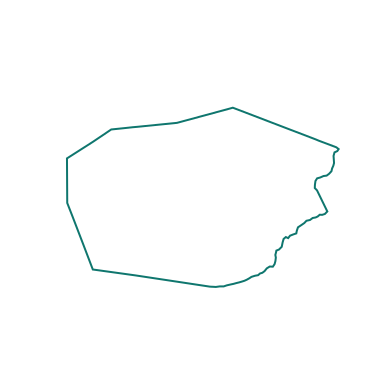 outline of Barra do Choça, Bahia, Brazil, rotated 216°
{"feature_id": "56859067B94003619672577", "entity_name": "Barra do Choça", "entity_type": "district", "adm_level": 2, "iso_a3": "BRA", "parent_name": "Brazil", "parent_adm1": "Bahia", "projection": "orthographic", "projection_center": [-40.669, -14.915], "detail": "fine", "context": "isolated", "style": "outline", "palette": "teal", "viewbox_px": 384, "rotation_deg": 216, "n_neighbors": 0, "source": "geoboundaries", "source_scale": "gbopen_adm2", "svg_char_len": 1149}
<svg xmlns="http://www.w3.org/2000/svg" viewBox="0 0 384 384"><g transform="rotate(216 192 192)"><path d="M312.9,145.7L286.5,109.8L274.8,102.3L249.2,85.7L226.7,71.0L188.9,91.2L121.8,126.0L120.0,127.2L116.9,129.2L114.0,132.0L110.9,134.2L109.0,136.9L106.3,140.0L104.4,142.1L102.5,144.5L100.8,146.5L99.1,148.7L97.4,151.0L96.1,153.3L94.9,155.9L94.0,158.3L91.8,161.3L89.6,163.6L89.1,166.0L87.6,168.0L86.8,170.6L86.6,174.2L85.3,177.4L82.7,179.1L82.8,182.2L83.9,185.1L85.6,188.2L87.6,190.1L88.4,192.2L89.3,194.2L87.8,196.6L87.2,200.4L89.1,204.6L90.3,207.9L89.6,210.7L87.1,211.2L87.0,214.3L85.2,217.1L83.3,219.8L84.4,222.2L85.5,225.7L84.1,229.5L82.9,232.9L82.5,236.0L80.1,238.7L79.1,241.9L77.0,244.1L75.9,246.1L75.3,248.7L73.3,250.0L71.6,252.3L71.1,255.8L91.8,266.8L95.0,267.4L96.8,270.1L98.6,273.5L98.8,276.6L96.8,279.1L95.0,282.2L92.7,284.4L91.8,287.3L91.4,290.8L92.5,293.4L93.1,296.3L94.1,298.9L96.6,301.9L98.7,304.4L100.0,307.8L98.5,310.5L98.6,312.9L101.5,313.0L119.7,308.0L122.7,307.3L208.5,284.2L210.8,281.3L244.8,239.1L274.2,212.9L278.1,209.5L283.5,204.6L294.1,195.1L301.6,174.5L312.9,145.7Z" fill="none" stroke="#0f766e" stroke-width="2"/></g></svg>